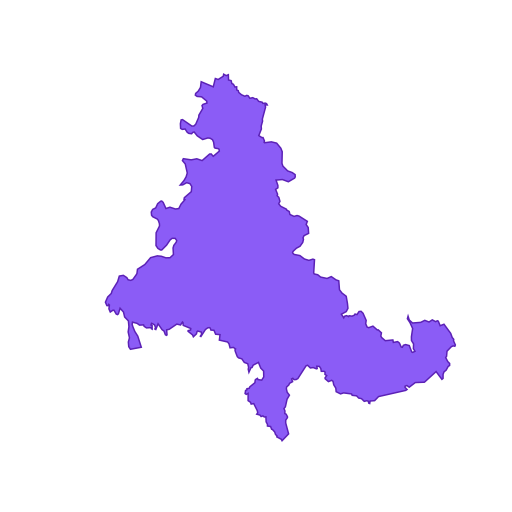 Chila de la Sal, Puebla, Mexico (Robinson projection), rotated 340°
{"feature_id": "50627088B42910044871865", "entity_name": "Chila de la Sal", "entity_type": "district", "adm_level": 2, "iso_a3": "MEX", "parent_name": "Mexico", "parent_adm1": "Puebla", "projection": "robinson", "projection_center": [-98.469, 18.149], "detail": "fine", "context": "isolated", "style": "filled", "palette": "violet", "viewbox_px": 512, "rotation_deg": 340, "n_neighbors": 0, "source": "geoboundaries", "source_scale": "gbopen_adm2", "svg_char_len": 6138}
<svg xmlns="http://www.w3.org/2000/svg" viewBox="0 0 512 512"><g transform="rotate(340 256 256)"><path d="M405.2,384.5L405.0,379.6L404.3,378.9L402.3,379.1L399.8,376.3L396.0,377.2L392.6,374.2L388.1,374.7L380.2,372.5L378.1,368.5L378.3,364.6L376.8,366.7L377.9,371.3L378.4,377.7L374.4,385.1L373.2,388.6L374.0,392.5L372.2,396.9L372.8,399.9L370.3,400.2L369.5,399.3L369.4,392.6L366.3,390.4L364.0,390.3L362.3,391.8L361.3,391.2L361.0,386.9L359.8,384.9L355.5,384.2L355.9,381.7L348.5,379.8L346.2,375.6L345.9,374.0L347.6,371.1L345.6,367.2L344.7,367.0L341.9,361.9L337.4,361.9L336.1,360.8L335.9,357.2L337.5,354.2L337.0,346.4L335.8,343.9L333.8,343.4L330.9,345.6L329.2,344.4L328.3,345.2L325.7,345.4L323.1,344.0L322.3,344.6L320.7,343.0L318.5,342.9L317.3,344.1L316.3,339.9L321.8,339.1L324.5,336.6L325.7,331.9L327.0,324.7L324.1,320.2L322.9,316.3L325.3,307.6L323.1,305.9L319.7,301.1L315.1,301.4L309.5,297.9L307.6,294.7L304.6,292.8L304.4,291.7L309.7,279.5L308.4,278.4L304.2,278.2L300.5,275.4L297.4,270.6L292.4,267.6L291.6,266.1L291.6,265.1L292.7,264.2L296.6,262.5L300.7,261.9L304.6,259.2L306.3,256.6L306.4,255.0L308.1,253.3L313.2,252.7L314.8,247.1L313.9,243.6L316.1,241.0L310.1,233.2L308.4,232.0L305.3,231.8L302.1,228.6L302.4,225.5L300.6,223.4L300.6,222.4L296.2,217.7L295.2,214.7L297.2,212.8L297.5,208.7L296.5,206.6L297.4,205.3L297.2,200.1L299.9,199.4L300.7,197.2L300.8,191.5L307.0,193.2L311.8,197.3L318.9,196.0L319.9,195.1L320.6,192.9L318.6,190.0L314.8,186.8L312.0,180.7L312.1,177.8L316.3,167.0L316.2,163.2L314.0,157.0L309.5,154.0L302.8,152.5L302.5,151.9L303.3,150.8L303.1,147.1L302.1,146.8L299.8,143.8L304.5,138.5L305.3,135.7L308.3,131.5L308.8,129.5L315.9,119.4L316.2,117.1L318.2,117.9L318.0,116.4L317.0,115.5L314.7,115.0L314.4,113.6L311.4,111.6L310.4,108.5L308.9,108.1L307.1,106.1L304.2,105.7L303.4,102.7L302.2,101.9L300.2,102.1L297.5,99.5L295.7,96.4L295.9,94.6L294.7,93.3L295.7,90.4L294.0,90.0L293.5,86.9L292.3,85.7L292.6,82.7L290.4,81.2L292.0,76.2L289.7,76.3L287.8,74.1L286.7,75.9L280.8,77.2L278.5,75.3L273.7,82.4L264.1,73.5L261.5,78.6L258.0,81.4L254.9,82.6L254.0,84.1L255.2,85.9L259.3,87.8L262.7,93.6L262.2,95.5L258.1,95.4L256.7,96.2L256.5,99.1L250.5,104.1L249.6,106.1L244.5,111.5L242.1,112.6L240.2,112.0L233.6,102.7L232.2,102.5L230.2,105.8L228.8,110.3L230.0,111.8L232.8,112.4L233.7,116.3L234.8,117.8L237.3,119.1L238.9,118.2L240.3,118.3L241.9,123.0L245.7,128.3L251.1,128.6L253.1,129.6L254.9,131.8L255.1,134.5L254.0,139.6L254.4,140.6L257.2,142.2L257.8,143.0L257.4,144.9L249.9,147.7L248.8,144.8L247.3,144.3L238.0,147.9L233.6,144.4L228.0,143.5L221.0,139.7L219.5,141.2L221.0,145.3L219.8,154.5L217.4,157.7L214.2,160.4L209.1,163.4L211.5,164.1L215.9,163.4L218.7,165.4L219.4,168.7L217.2,173.4L208.6,176.7L207.7,178.2L208.4,178.8L203.3,181.6L199.7,185.0L196.4,184.3L191.8,180.7L187.6,180.6L187.1,173.9L186.2,172.1L185.2,171.9L181.5,173.2L178.2,176.5L174.8,176.9L172.6,178.9L171.8,182.0L172.4,183.8L175.8,187.4L176.4,189.2L176.3,192.6L175.6,194.8L170.1,200.0L165.6,212.0L166.4,215.3L168.3,217.7L169.5,218.1L175.7,215.2L180.8,211.5L183.2,210.7L186.1,211.8L186.8,214.3L185.8,215.7L182.4,217.9L180.8,220.1L178.9,226.4L174.6,228.2L170.7,226.9L167.0,223.9L163.3,222.1L156.4,221.5L148.6,226.0L140.1,227.9L138.1,231.8L136.8,232.8L132.3,235.9L130.0,236.1L127.7,234.6L127.2,232.1L124.7,228.8L120.7,228.1L117.2,232.8L109.0,239.3L107.2,241.7L102.6,243.8L98.7,247.9L98.9,251.6L100.1,252.1L101.1,251.1L101.5,251.9L99.7,255.4L99.9,258.8L103.1,258.0L104.0,258.4L104.8,262.8L105.8,263.7L106.9,263.3L110.4,258.6L112.3,263.3L111.7,268.4L113.9,273.3L112.4,279.0L109.9,283.6L109.1,289.6L106.6,293.2L105.4,297.7L106.1,300.7L117.0,302.5L117.5,290.9L116.3,285.4L116.1,280.4L116.2,278.0L117.3,275.9L121.2,278.6L122.9,281.1L126.8,282.3L126.8,283.8L128.5,286.1L132.9,287.4L132.8,288.5L133.4,289.2L134.6,285.8L133.7,284.9L134.8,283.5L135.2,283.8L137.1,286.0L137.1,288.9L136.0,290.0L136.7,290.8L140.8,286.2L142.5,293.0L143.9,295.1L143.9,298.9L144.6,299.9L145.4,299.7L146.8,294.8L149.3,295.2L158.3,292.9L161.5,295.0L164.3,292.9L164.6,293.5L163.9,296.3L169.9,301.8L169.2,303.2L166.7,302.9L166.4,303.5L169.4,308.5L169.5,310.5L173.4,308.8L174.8,306.8L175.6,306.6L178.6,308.8L178.0,311.0L176.3,312.3L176.7,312.8L183.3,307.8L186.0,307.0L187.6,307.3L188.3,308.0L188.3,310.2L191.1,311.4L191.3,315.7L195.3,317.6L192.8,322.5L199.9,327.1L200.6,329.3L200.2,333.4L203.5,334.2L205.0,336.4L204.1,337.1L203.9,338.7L204.0,344.2L204.8,345.8L207.5,347.8L208.6,352.0L211.4,354.4L211.0,358.0L210.0,359.7L209.6,362.8L213.0,359.3L214.2,359.4L216.0,357.6L221.9,356.8L222.1,363.0L223.8,366.7L221.9,372.3L218.9,374.6L215.6,372.8L215.5,371.5L213.8,371.8L212.9,372.2L211.6,374.7L205.5,376.8L204.4,378.0L202.1,377.6L201.7,378.6L200.2,378.8L198.7,381.5L199.5,382.7L201.6,382.4L199.1,389.2L200.8,391.6L200.8,393.5L203.4,393.9L204.3,401.8L204.0,403.9L202.6,404.9L205.3,406.8L205.9,408.6L207.8,408.6L208.7,410.1L210.3,410.5L208.8,415.3L209.2,418.0L208.6,419.7L211.4,421.2L211.4,424.1L212.1,424.6L213.4,427.8L213.3,430.4L214.2,432.2L213.7,433.1L217.1,436.9L217.3,438.5L225.8,434.3L226.8,423.1L227.8,420.4L230.3,418.6L230.6,417.7L230.2,414.9L229.2,413.9L230.2,411.5L230.1,408.9L232.0,407.8L236.2,401.2L239.8,398.2L238.7,394.7L239.1,391.2L240.0,389.5L242.6,388.5L244.0,387.1L247.4,386.6L247.4,383.7L248.8,383.5L249.4,385.2L251.4,385.8L253.4,385.5L265.5,376.3L267.1,376.3L268.8,379.8L271.6,380.4L274.2,382.7L275.0,382.7L275.4,380.4L277.8,381.4L278.4,383.9L277.9,386.7L280.6,387.7L281.2,388.7L280.3,390.8L281.5,392.6L279.2,394.1L279.0,395.0L281.1,398.8L284.6,398.7L285.5,400.1L285.0,403.6L285.8,407.5L284.9,410.9L288.3,414.5L291.5,414.6L298.6,418.3L298.7,419.8L302.7,421.8L303.9,424.6L306.3,426.1L308.0,429.6L310.6,429.9L311.9,430.9L311.6,432.8L312.4,433.5L313.6,431.3L318.0,432.5L323.1,430.0L350.7,433.5L352.3,433.1L351.1,430.4L351.6,429.3L353.5,429.3L355.1,431.7L362.4,429.4L371.1,432.2L385.7,426.2L388.5,435.5L389.9,435.0L391.3,431.2L393.0,429.2L395.6,428.3L398.8,425.5L400.5,425.1L401.2,423.2L400.1,420.8L399.5,416.3L400.8,415.4L402.9,410.8L408.6,408.0L410.5,407.9L412.0,408.8L412.9,407.8L412.6,403.3L413.3,401.9L412.5,399.7L412.5,395.3L409.3,384.4L405.2,384.5Z" fill="#8b5cf6" stroke="#5b21b6" stroke-width="1.5"/></g></svg>